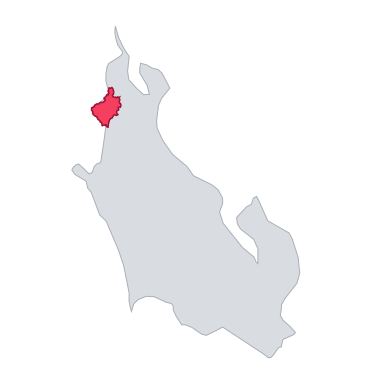 Coto Brus, Puntarenas, Costa Rica (highlighted), rotated 188°
{"feature_id": "36466004B67962139153797", "entity_name": "Coto Brus", "entity_type": "district", "adm_level": 2, "iso_a3": "CRI", "parent_name": "Costa Rica", "parent_adm1": "Puntarenas", "projection": "equal_earth", "projection_center": [-82.934, 8.894], "detail": "fine", "context": "in_parent", "style": "filled", "palette": "rose", "viewbox_px": 384, "rotation_deg": 188, "n_neighbors": 0, "source": "geoboundaries", "source_scale": "gbopen_adm2", "svg_char_len": 6447}
<svg xmlns="http://www.w3.org/2000/svg" viewBox="0 0 384 384"><g transform="rotate(188 192 192)"><path d="M314.0,197.1L313.6,198.9L312.4,200.8L310.6,202.7L308.2,204.0L302.4,200.1L296.7,195.6L293.5,197.6L292.4,203.5L290.3,206.5L287.6,207.7L286.5,209.6L286.3,229.3L286.5,247.9L290.8,248.4L298.0,254.8L301.1,258.6L302.0,262.1L301.2,263.8L295.9,267.9L290.8,273.0L288.2,279.4L292.7,289.8L293.6,296.8L293.5,304.2L292.3,307.7L282.3,316.2L280.1,319.1L280.4,321.3L285.9,327.1L288.5,332.7L290.7,339.6L291.0,345.5L286.0,334.5L279.1,324.1L273.1,317.6L272.6,302.6L270.2,294.4L261.2,286.9L253.5,281.7L247.7,282.7L251.3,291.4L260.3,302.5L260.9,306.7L260.8,312.4L254.5,311.5L249.0,309.2L242.3,308.5L237.9,305.1L228.4,291.8L235.1,280.6L237.2,273.2L237.0,257.8L235.5,250.4L228.2,239.1L216.6,226.6L200.4,216.5L192.8,208.3L173.7,202.0L166.5,197.9L160.9,190.2L160.0,184.6L162.0,176.1L156.8,165.3L134.2,144.0L121.6,136.2L118.8,131.6L116.8,130.2L118.8,144.9L124.3,153.7L138.7,162.0L142.7,166.8L144.3,173.0L135.8,185.0L131.6,188.0L130.3,194.6L127.5,196.6L124.7,192.8L113.0,174.0L90.3,165.0L86.2,159.5L77.9,142.3L74.0,126.7L75.4,116.3L84.8,100.0L87.7,92.9L87.2,88.6L87.5,82.2L84.0,77.7L75.4,71.9L70.0,67.2L71.5,64.9L81.4,58.6L82.0,52.9L82.0,51.0L83.6,50.6L85.0,49.1L85.9,47.6L88.6,42.1L91.0,39.0L93.7,38.5L97.0,40.8L109.4,46.7L123.2,53.2L142.9,62.5L151.0,56.6L158.0,52.0L162.9,52.7L173.5,58.0L179.9,59.6L183.8,59.1L190.5,66.9L194.2,72.7L194.8,76.6L196.9,78.7L202.1,79.2L215.0,83.1L222.9,82.3L230.1,78.2L234.1,73.2L235.3,65.3L237.1,69.2L239.2,75.3L240.2,83.2L249.4,109.6L256.8,124.4L273.0,151.3L280.1,156.3L291.9,177.9L296.0,181.5L298.3,187.9L310.6,193.2L314.0,197.1Z" fill="#d9dde1" stroke="#a8b0b8" stroke-width="1"/><path d="M277.0,275.8L277.3,275.6L277.6,275.6L277.8,275.6L278.0,275.5L278.3,275.6L278.7,275.8L278.8,275.9L279.0,275.8L279.1,275.6L279.2,275.3L279.4,275.2L280.0,274.7L280.4,275.0L280.6,275.1L280.8,275.2L280.9,275.3L281.1,275.3L281.3,275.1L281.5,275.1L281.8,275.0L282.0,275.0L282.4,275.1L282.6,275.0L282.9,275.1L283.0,275.2L283.4,275.3L283.9,275.8L284.0,276.1L284.1,276.4L284.3,276.9L284.3,277.1L283.9,277.2L283.8,277.3L283.7,277.5L283.4,277.8L283.4,278.1L283.5,278.2L283.5,278.3L283.4,278.4L283.4,278.5L283.4,279.1L283.4,279.4L283.4,279.9L283.5,280.3L283.7,281.0L283.9,281.4L284.0,281.7L284.1,282.0L284.3,282.3L284.5,282.9L284.8,283.3L285.0,283.5L285.2,283.8L285.3,283.9L285.4,284.0L285.5,284.1L285.8,284.3L286.1,284.3L286.2,284.2L286.3,284.1L286.6,283.7L286.9,283.4L287.2,283.3L287.7,283.3L287.9,283.3L288.0,283.4L288.1,283.5L288.3,283.7L288.5,283.7L288.6,283.3L288.7,283.2L288.7,282.9L288.8,282.7L288.9,282.4L288.8,282.1L288.8,281.7L288.7,281.5L288.7,281.3L288.9,281.0L288.9,280.8L289.0,280.7L289.1,280.3L289.2,280.2L288.8,280.0L288.7,279.8L288.5,279.7L288.3,279.2L288.2,279.0L288.1,278.9L288.1,278.6L288.5,278.3L288.6,278.2L288.7,277.9L288.3,277.6L288.3,277.4L288.3,277.1L288.6,276.7L288.7,276.4L289.9,276.4L290.1,276.3L290.2,275.9L290.0,275.6L289.9,275.5L289.9,275.4L290.0,275.2L290.3,274.9L290.4,274.6L290.6,274.4L290.9,274.1L291.2,273.9L291.4,273.7L291.7,273.4L291.9,273.3L291.9,273.1L292.2,272.6L292.1,272.3L292.1,272.2L291.9,272.0L291.6,271.9L291.4,271.7L291.2,271.7L290.9,271.4L290.8,271.1L290.7,270.9L290.7,270.7L290.8,270.4L291.1,270.1L291.2,269.9L291.3,269.8L291.5,269.4L291.8,269.2L292.0,268.9L292.1,268.5L292.4,268.5L292.8,268.3L293.5,268.3L293.6,268.2L294.0,268.1L294.7,268.0L295.0,267.9L295.3,267.8L295.4,267.7L295.8,267.1L296.0,266.7L296.3,266.4L296.5,266.4L296.7,266.2L296.9,266.1L297.3,266.0L297.6,266.0L297.9,266.1L298.3,266.1L298.7,265.9L298.9,265.6L299.1,265.5L299.2,265.4L299.6,265.3L299.8,265.1L300.0,264.8L300.1,264.6L300.3,264.5L300.5,264.2L300.6,263.9L300.5,263.6L300.5,263.3L300.5,263.2L301.0,262.7L301.3,262.6L301.6,262.4L301.7,262.2L301.8,262.2L302.0,262.1L302.4,261.7L302.6,261.6L302.9,261.6L303.1,261.5L303.1,261.4L303.1,261.1L303.1,260.9L303.0,259.8L302.9,259.4L302.8,259.0L302.6,258.8L302.2,258.5L301.9,258.0L301.7,257.8L301.6,257.7L301.4,257.7L301.3,257.4L301.1,257.1L301.2,256.8L301.3,256.6L301.4,256.2L301.2,255.8L301.2,255.7L300.8,255.4L300.7,255.2L300.4,254.8L300.2,254.6L299.9,254.5L299.7,254.4L299.4,254.2L299.2,254.0L298.7,253.8L298.4,253.7L298.2,253.5L297.8,253.5L296.8,253.4L296.6,253.0L296.5,252.8L296.5,252.5L296.3,252.3L296.2,252.2L295.8,252.0L295.8,251.8L295.7,251.5L295.5,251.1L295.4,251.0L295.2,250.9L294.8,250.6L294.6,250.5L294.4,250.5L294.2,250.4L293.9,250.1L293.7,250.0L293.4,249.8L293.3,249.7L293.1,249.6L293.0,249.4L292.8,248.7L292.7,248.7L292.3,248.4L292.2,248.4L291.9,248.4L291.6,248.4L291.4,248.1L291.2,247.9L291.0,247.5L291.0,247.3L290.7,246.7L290.4,246.3L290.4,246.1L290.5,246.0L290.5,245.9L290.4,245.6L290.3,245.3L290.2,245.2L289.8,245.2L289.6,245.5L289.3,245.6L288.8,245.8L288.3,245.8L288.2,245.8L288.1,246.0L287.6,246.4L287.4,246.4L287.1,246.3L286.9,246.1L286.6,246.4L286.4,246.4L286.1,245.9L285.8,245.1L285.7,244.9L285.4,244.9L285.3,245.0L285.1,245.0L285.0,244.9L284.9,244.7L284.5,244.5L284.4,244.4L284.2,244.4L284.0,244.6L284.3,245.0L284.3,245.7L284.1,246.4L284.1,246.6L284.3,247.4L284.3,247.5L284.1,248.6L284.2,249.0L284.2,249.5L284.0,250.0L283.9,250.4L283.8,250.5L283.9,251.5L283.8,251.8L283.7,251.9L283.6,252.0L283.4,252.3L283.2,252.5L283.0,252.9L282.7,253.4L282.4,253.6L282.1,253.8L281.7,253.9L281.6,254.0L281.4,254.4L281.1,254.9L280.9,255.8L280.7,256.0L280.7,256.3L280.6,256.5L280.3,257.2L280.2,257.3L279.7,257.5L279.3,257.5L279.0,257.5L278.5,257.4L278.0,257.3L277.9,257.3L277.7,257.3L277.4,257.4L276.9,257.6L276.7,257.8L276.5,258.1L276.2,258.3L276.1,258.5L276.4,258.6L276.6,258.8L277.1,259.1L277.3,259.4L277.6,259.6L277.6,259.8L277.6,260.1L277.7,260.3L277.7,260.5L277.8,260.7L277.8,260.8L277.9,261.0L277.7,261.7L277.5,261.9L277.4,262.1L277.1,262.5L276.9,262.6L276.6,262.7L276.3,262.7L276.0,263.3L276.0,263.6L276.2,263.8L276.3,263.9L276.4,264.1L276.5,264.2L276.5,265.3L276.7,265.5L275.9,265.7L275.8,265.8L275.7,265.9L275.6,266.0L275.3,266.1L275.2,266.2L274.9,266.2L274.7,266.1L274.6,266.3L274.7,266.5L274.6,267.0L274.6,267.4L274.5,267.6L274.4,267.7L274.4,267.9L274.4,268.0L274.6,268.2L274.8,268.8L275.0,269.0L275.0,269.4L275.1,269.5L275.4,269.7L275.6,270.0L275.8,270.1L276.1,270.0L276.3,270.2L276.4,270.3L276.4,270.6L276.7,271.3L276.7,271.8L276.5,272.3L276.3,272.5L276.3,272.9L276.4,273.1L276.4,273.6L276.6,273.9L276.7,274.2L276.9,274.3L277.0,274.4L277.2,274.5L277.3,274.8L277.3,275.0L277.3,275.4L277.1,275.5L277.0,275.8Z" fill="#f43f5e" stroke="#9f1239" stroke-width="1.5"/></g></svg>